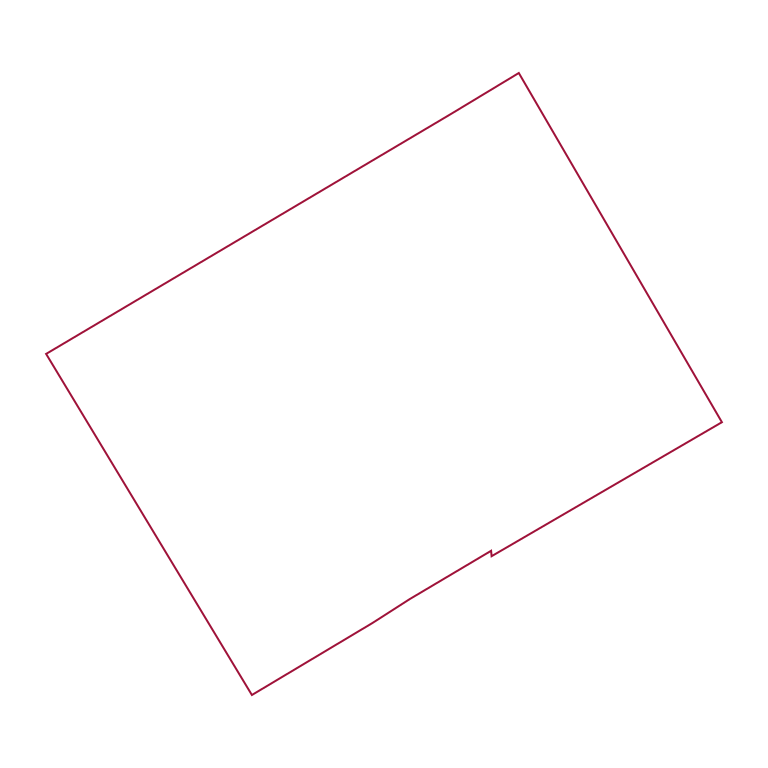 Falls, Texas, United States of America
{"feature_id": "52423323B55743875979164", "entity_name": "Falls", "entity_type": "district", "adm_level": 2, "iso_a3": "USA", "parent_name": "United States of America", "parent_adm1": "Texas", "projection": "orthographic", "projection_center": [-96.941, 31.254], "detail": "fine", "context": "isolated", "style": "outline", "palette": "rose", "viewbox_px": 768, "rotation_deg": 0, "n_neighbors": 0, "source": "geoboundaries", "source_scale": "gbopen_adm2", "svg_char_len": 244}
<svg xmlns="http://www.w3.org/2000/svg" viewBox="0 0 768 768"><path d="M46.1,353.9L251.9,695.0L372.6,622.9L409.7,599.1L491.1,550.8L491.6,556.2L721.9,422.2L518.8,73.0L450.4,114.3L46.1,353.9Z" fill="none" stroke="#9f1239" stroke-width="2"/></svg>